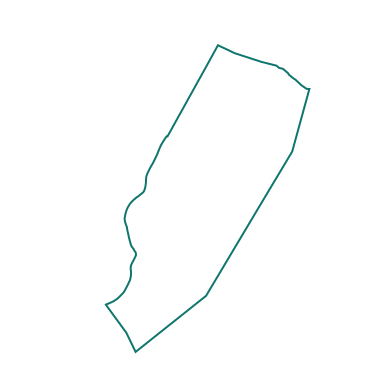 Plut, Vieux Fort, Saint Lucia (Natural Earth projection), rotated 223°
{"feature_id": "8701671B91261158207926", "entity_name": "Plut", "entity_type": "district", "adm_level": 2, "iso_a3": "LCA", "parent_name": "Saint Lucia", "parent_adm1": "Vieux Fort", "projection": "natural_earth1", "projection_center": [-60.96, 13.775], "detail": "fine", "context": "isolated", "style": "outline", "palette": "teal", "viewbox_px": 384, "rotation_deg": 223, "n_neighbors": 0, "source": "geoboundaries", "source_scale": "gbopen_adm2", "svg_char_len": 1611}
<svg xmlns="http://www.w3.org/2000/svg" viewBox="0 0 384 384"><g transform="rotate(223 192 192)"><path d="M178.1,50.8L144.1,44.3L124.2,36.6L110.9,125.7L134.1,233.0L146.3,289.9L176.4,347.4L178.5,345.6L184.7,344.7L193.0,344.7L195.7,344.2L201.0,343.9L202.9,344.4L209.5,344.1L212.9,342.2L216.4,342.0L230.2,334.4L255.3,322.7L273.1,317.0L268.6,299.3L247.9,216.2L248.3,216.2L248.5,215.2L248.3,213.7L248.2,213.2L247.8,210.7L247.6,209.6L247.4,208.7L247.1,207.3L246.7,205.4L246.2,203.9L245.8,202.6L245.0,200.6L244.6,199.4L243.8,197.5L242.3,193.2L241.2,189.5L240.5,187.3L239.9,184.8L239.5,182.9L239.3,182.0L238.8,180.3L238.3,178.5L237.6,176.2L236.8,174.1L236.3,172.8L235.7,171.8L234.9,170.7L233.9,169.5L232.7,168.1L231.6,166.8L230.4,165.1L229.6,163.9L228.9,162.6L228.2,161.2L227.6,159.5L227.5,158.2L227.9,155.8L228.4,151.9L228.9,150.1L229.1,148.2L229.3,146.6L229.4,144.8L229.4,143.2L229.3,141.0L228.9,139.0L228.5,137.1L227.8,134.9L227.2,133.5L226.1,131.3L225.4,130.1L224.9,129.3L223.3,126.7L221.9,125.5L220.5,124.5L217.7,122.9L215.7,121.9L213.4,120.1L210.8,118.3L208.7,116.9L206.8,115.5L205.3,114.6L202.5,112.8L200.4,111.6L198.7,110.9L197.3,110.7L196.0,110.5L194.1,109.8L192.3,109.5L191.4,109.0L190.3,108.0L189.8,107.4L189.2,105.6L188.5,103.3L187.9,101.0L187.2,98.7L186.6,96.8L186.0,95.9L184.8,94.3L183.5,93.2L182.2,92.1L180.9,90.7L179.6,89.1L178.3,87.1L177.2,85.1L176.6,83.3L176.0,81.4L175.3,79.1L174.5,76.2L173.7,73.0L173.5,71.1L173.5,69.7L173.6,68.3L173.6,65.9L173.7,64.2L173.9,62.7L174.6,59.7L175.1,57.9L175.5,57.0L176.1,55.5L177.0,53.4L178.0,51.5L178.1,50.8Z" fill="none" stroke="#0f766e" stroke-width="2"/></g></svg>